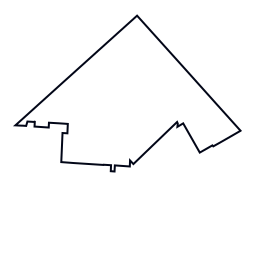 the district of General Villegas, Buenos Aires, Argentina, rotated 48°
{"feature_id": "61730980B52535530003600", "entity_name": "General Villegas", "entity_type": "district", "adm_level": 2, "iso_a3": "ARG", "parent_name": "Argentina", "parent_adm1": "Buenos Aires", "projection": "robinson", "projection_center": [-62.918, -34.876], "detail": "fine", "context": "isolated", "style": "outline", "palette": "ink", "viewbox_px": 256, "rotation_deg": 48, "n_neighbors": 0, "source": "geoboundaries", "source_scale": "gbopen_adm2", "svg_char_len": 755}
<svg xmlns="http://www.w3.org/2000/svg" viewBox="0 0 256 256"><g transform="rotate(48 128 128)"><path d="M205.4,46.2L168.7,46.2L120.5,46.1L120.4,46.1L50.6,46.1L50.6,46.4L50.6,70.0L50.6,70.5L50.6,98.1L50.6,129.1L50.6,146.0L50.6,147.7L50.6,148.7L50.7,209.9L54.0,206.6L55.8,204.7L58.3,202.3L55.9,198.4L60.7,193.7L60.7,193.3L61.0,193.1L64.4,196.5L74.6,186.6L71.2,183.2L78.3,176.2L82.3,172.3L84.7,170.0L91.4,176.6L87.9,180.0L108.7,200.4L117.8,191.7L139.1,170.9L139.0,170.7L144.3,165.5L148.6,169.7L151.3,167.1L147.0,162.8L157.8,152.4L153.5,148.2L158.4,148.1L157.8,130.4L156.4,87.5L158.1,88.1L160.2,90.5L161.5,83.9L194.3,91.1L197.4,76.9L198.7,76.9L200.0,71.2L203.7,54.1L205.3,46.6L205.4,46.4L205.4,46.2Z" fill="none" stroke="#020617" stroke-width="2"/></g></svg>